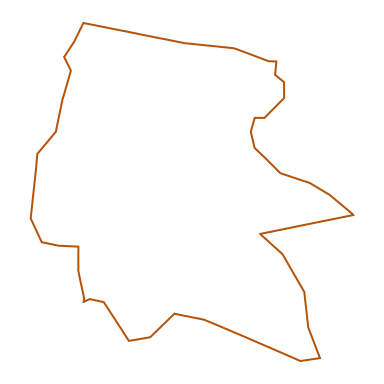 Jihanah, Sana'a, Yemen
{"feature_id": "15242507B2838826249504", "entity_name": "Jihanah", "entity_type": "district", "adm_level": 2, "iso_a3": "YEM", "parent_name": "Yemen", "parent_adm1": "Sana'a", "projection": "orthographic", "projection_center": [44.505, 15.192], "detail": "fine", "context": "isolated", "style": "outline", "palette": "amber", "viewbox_px": 384, "rotation_deg": 0, "n_neighbors": 0, "source": "geoboundaries", "source_scale": "gbopen_adm2", "svg_char_len": 1677}
<svg xmlns="http://www.w3.org/2000/svg" viewBox="0 0 384 384"><path d="M320.0,358.1L308.3,327.6L307.4,319.9L306.6,312.3L305.0,298.6L304.3,291.9L304.2,291.8L303.2,290.0L296.1,277.8L282.5,254.2L274.7,247.1L261.8,235.5L260.6,234.4L260.5,234.2L260.4,234.1L260.3,233.9L302.5,225.3L305.5,224.7L353.3,215.0L353.2,214.8L353.1,214.6L351.3,213.0L329.5,194.8L313.3,185.1L309.8,183.0L302.2,180.5L292.4,177.2L280.3,173.2L271.3,164.1L266.6,159.4L259.6,152.7L254.6,147.9L251.7,135.6L250.8,131.7L254.7,117.9L264.5,117.9L269.0,113.3L275.5,106.8L278.0,104.2L284.1,98.1L284.1,92.3L284.1,88.2L284.1,84.0L284.1,82.3L282.5,80.9L275.1,74.8L276.4,61.5L268.6,61.2L255.9,56.4L244.2,52.0L234.1,48.3L233.2,48.2L221.2,46.9L201.5,44.9L184.2,43.1L169.4,40.1L156.6,37.6L141.9,34.7L140.6,34.4L133.7,33.0L112.6,28.8L83.4,23.0L80.3,29.3L74.2,41.7L72.3,44.6L69.6,48.6L69.5,48.8L64.6,56.3L64.4,56.6L64.1,57.0L64.7,58.1L65.6,59.9L70.9,70.6L66.7,85.3L63.2,97.3L62.5,99.4L61.2,105.9L57.5,123.7L56.5,128.6L55.9,131.7L55.3,132.4L37.3,153.9L36.3,166.0L35.8,170.9L32.4,202.6L32.1,205.2L30.7,218.4L33.6,224.7L41.8,242.3L44.1,242.7L50.4,244.0L55.7,245.1L58.5,245.7L66.4,246.1L77.5,246.6L78.4,246.7L78.4,246.8L78.4,247.5L78.3,260.6L78.4,266.7L78.4,267.3L78.3,270.7L78.8,273.0L79.8,278.1L82.0,288.5L83.1,293.3L83.7,296.3L84.2,299.1L84.1,299.7L83.9,300.6L83.7,301.3L83.6,301.9L84.0,301.8L86.2,300.7L87.3,300.2L89.7,299.1L92.6,299.7L93.8,300.0L103.8,302.1L104.3,302.9L119.8,326.8L122.9,331.6L128.0,339.6L128.2,339.9L128.8,340.9L146.4,337.9L150.2,337.2L174.5,313.7L174.6,313.8L180.1,314.9L185.0,315.9L204.1,319.7L218.0,325.5L236.4,333.3L241.4,335.4L300.4,361.0L320.0,358.1Z" fill="none" stroke="#b45309" stroke-width="2"/></svg>